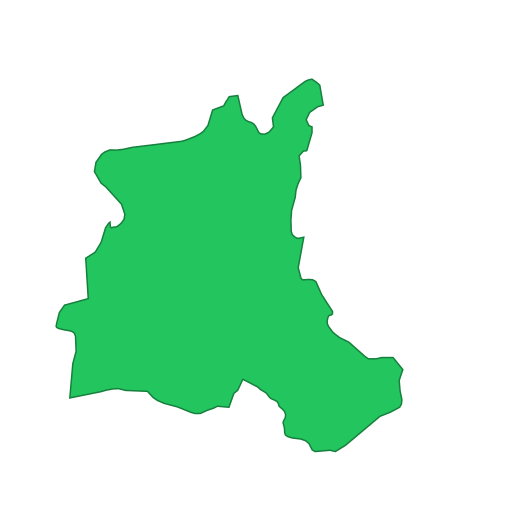 outline of Lucerne, rotated 285°
{"feature_id": "CHE-163", "entity_name": "Lucerne", "entity_type": "Canton", "adm_level": 1, "iso_a3": "CHE", "parent_name": "Switzerland", "parent_adm1": "", "projection": "natural_earth1", "projection_center": [8.13, 47.03], "detail": "fine", "context": "isolated", "style": "filled", "palette": "green", "viewbox_px": 512, "rotation_deg": 285, "n_neighbors": 0, "source": "natural_earth", "source_scale": "10m", "svg_char_len": 2342}
<svg xmlns="http://www.w3.org/2000/svg" viewBox="0 0 512 512"><g transform="rotate(285 256 256)"><path d="M385.8,176.3L392.7,186.0L397.5,187.1L400.0,188.1L402.3,188.6L403.1,189.2L406.3,196.9L389.2,205.9L386.2,208.4L384.5,211.0L383.9,213.7L383.7,217.3L382.8,220.0L380.9,222.3L375.9,226.9L375.2,229.2L376.0,233.1L379.1,236.6L385.2,239.5L393.7,236.1L416.0,241.2L437.4,258.3L439.5,260.9L441.3,264.3L439.3,269.8L437.5,273.4L419.1,281.9L416.2,277.0L408.5,270.6L400.6,269.2L395.7,273.3L395.2,276.7L389.6,278.2L371.2,277.8L370.5,277.2L370.2,276.5L369.9,274.8L363.9,271.7L355.3,275.4L343.3,279.1L336.4,277.9L329.9,277.6L322.9,278.7L309.3,278.6L299.8,280.4L289.1,283.6L286.0,285.5L284.2,289.0L283.8,291.9L286.5,297.3L255.6,299.8L246.2,305.2L245.0,307.1L247.1,313.4L247.7,316.9L246.8,320.4L235.6,329.5L222.3,344.2L219.9,344.9L218.6,344.1L217.8,342.4L216.7,341.6L214.9,341.4L211.8,341.5L209.1,342.4L206.8,344.2L202.7,349.3L200.9,352.7L198.8,357.9L196.8,368.0L187.1,387.4L185.8,391.1L187.7,398.5L190.4,403.6L193.4,414.6L184.3,427.2L172.9,426.5L163.2,430.0L154.9,434.1L150.6,434.8L147.1,433.9L139.8,426.1L133.2,417.2L96.4,391.5L87.7,383.3L87.5,377.7L82.4,363.7L83.3,360.4L88.5,355.8L90.4,351.7L90.8,346.6L89.6,338.0L89.7,333.8L90.7,330.8L92.7,329.5L97.6,327.8L101.7,325.4L103.1,325.2L107.6,326.1L110.4,325.7L113.1,323.9L114.9,321.3L116.1,318.6L116.9,317.2L119.9,315.3L120.9,313.8L121.5,311.6L122.2,307.2L123.2,305.3L125.1,303.0L126.4,301.1L128.3,294.6L129.9,291.6L133.5,275.2L121.6,273.1L117.6,270.2L102.9,269.0L100.9,257.6L98.1,254.5L94.2,248.7L89.5,243.0L88.1,238.1L88.1,233.7L89.9,219.3L89.9,205.3L91.0,198.0L92.7,193.2L97.2,186.2L92.4,164.8L92.3,157.6L90.5,152.0L87.5,145.8L85.0,141.7L70.7,112.9L104.7,106.9L117.4,106.9L131.6,102.5L133.7,101.1L134.6,100.2L134.9,99.5L135.4,98.1L135.6,95.7L135.0,89.7L134.9,84.0L135.4,82.1L136.2,81.2L138.6,80.9L150.5,80.7L159.0,83.8L171.4,105.0L209.8,92.1L218.1,99.7L229.2,102.9L244.3,103.4L249.3,105.1L250.9,106.2L246.8,107.7L246.0,108.3L246.0,109.3L247.0,110.8L247.7,113.1L248.7,114.3L250.8,116.0L253.4,117.6L257.2,119.0L262.2,118.6L271.2,112.7L283.8,93.2L286.3,87.5L295.7,78.1L305.1,77.2L314.2,80.5L317.5,83.2L320.6,87.3L322.3,94.2L324.7,100.2L328.9,108.3L347.5,154.4L349.5,157.8L355.6,166.1L359.7,170.5L362.7,172.9L369.6,175.8L385.4,176.3L385.8,176.3Z" fill="#22c55e" stroke="#15803d" stroke-width="1.5"/></g></svg>